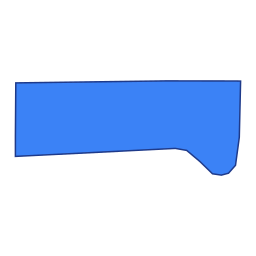 the district of Al Farafra Oasis, Al Wadi at Jadid, Egypt
{"feature_id": "37247803B67299056810507", "entity_name": "Al Farafra Oasis", "entity_type": "district", "adm_level": 2, "iso_a3": "EGY", "parent_name": "Egypt", "parent_adm1": "Al Wadi at Jadid", "projection": "robinson", "projection_center": [27.531, 27.044], "detail": "fine", "context": "isolated", "style": "filled", "palette": "blue", "viewbox_px": 256, "rotation_deg": 0, "n_neighbors": 0, "source": "geoboundaries", "source_scale": "gbopen_adm2", "svg_char_len": 336}
<svg xmlns="http://www.w3.org/2000/svg" viewBox="0 0 256 256"><path d="M240.6,81.1L236.3,81.0L236.2,81.0L165.9,80.9L15.8,82.9L15.7,95.8L15.4,136.2L15.4,156.4L175.3,148.4L186.7,150.4L200.0,161.6L212.5,173.8L221.4,175.1L228.5,173.2L235.5,165.3L239.3,137.3L240.6,81.1L240.6,81.1Z" fill="#3b82f6" stroke="#1e3a8a" stroke-width="1.5"/></svg>